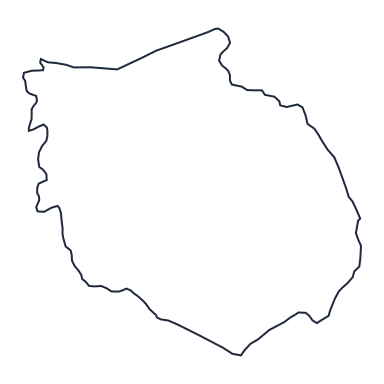 Örnsköldsvik, Västernorrland, Sweden
{"feature_id": "70781695B95877755672969", "entity_name": "Örnsköldsvik", "entity_type": "district", "adm_level": 2, "iso_a3": "SWE", "parent_name": "Sweden", "parent_adm1": "Västernorrland", "projection": "albers", "projection_center": [18.104, 63.556], "detail": "fine", "context": "isolated", "style": "outline", "palette": "slate", "viewbox_px": 384, "rotation_deg": 0, "n_neighbors": 0, "source": "geoboundaries", "source_scale": "gbopen_adm2", "svg_char_len": 2074}
<svg xmlns="http://www.w3.org/2000/svg" viewBox="0 0 384 384"><path d="M40.8,59.0L40.2,62.6L43.6,67.4L43.0,70.2L36.3,70.6L31.9,70.7L24.0,72.8L23.0,77.6L25.2,80.9L26.1,88.1L26.8,91.2L29.5,93.5L36.2,96.0L37.0,100.8L36.1,102.9L33.3,106.4L31.7,109.2L31.6,119.0L28.9,127.6L28.8,130.8L33.3,129.5L38.7,126.6L43.7,124.5L46.9,127.6L47.4,130.4L47.4,135.9L46.3,140.9L42.4,145.5L39.0,152.2L38.1,159.3L39.2,166.9L42.8,169.5L46.4,174.2L46.7,180.1L43.3,181.5L38.6,183.7L37.2,188.0L37.1,192.8L38.8,196.0L39.3,200.0L36.2,207.2L37.6,211.4L44.2,211.8L51.3,207.8L57.6,205.9L59.5,208.4L61.0,213.3L61.6,220.6L62.6,228.4L62.5,234.0L63.4,238.5L65.7,246.5L70.6,250.4L71.7,254.8L72.0,260.7L74.6,266.0L78.6,270.7L81.3,275.0L82.2,279.0L85.5,281.6L89.1,285.9L94.3,286.4L101.2,286.0L106.9,288.4L111.3,291.4L118.8,291.6L122.4,290.4L126.5,288.6L130.7,290.4L133.8,293.3L137.9,296.2L143.5,301.3L145.9,303.9L149.7,309.3L156.1,315.1L156.9,317.4L157.9,317.9L160.4,319.3L168.3,320.5L177.3,324.4L188.5,330.0L200.5,336.0L213.5,342.8L223.4,348.0L232.4,353.8L240.9,355.4L245.0,349.7L250.6,343.7L257.9,339.5L263.2,335.1L269.4,329.9L277.0,325.9L284.1,322.2L290.3,317.5L295.6,314.5L298.4,312.5L305.6,312.8L309.2,315.7L312.6,320.5L316.9,323.1L321.7,320.0L328.6,315.8L330.1,310.5L335.0,298.4L338.7,291.6L342.2,287.8L347.4,283.3L352.7,277.2L354.3,271.4L359.3,266.6L360.3,258.6L361.0,245.8L358.4,240.0L355.9,233.2L357.1,226.4L358.1,220.6L360.2,218.6L356.2,209.2L352.4,201.3L348.7,196.8L345.9,187.6L341.8,176.2L338.7,167.7L334.3,157.3L327.6,149.6L322.3,141.4L318.2,134.3L314.2,128.5L307.6,124.0L305.6,115.5L302.5,107.4L297.6,104.5L291.4,105.9L286.9,107.0L280.3,105.4L279.3,101.2L277.0,99.1L274.4,96.7L264.9,94.8L261.9,90.3L253.8,90.3L247.3,90.1L241.4,86.5L236.8,85.6L231.9,84.6L230.0,80.7L229.9,74.9L228.3,71.0L225.4,68.1L222.1,65.5L219.1,60.7L220.4,54.5L223.6,51.2L226.9,48.3L230.1,42.8L228.1,36.6L223.9,32.1L218.4,28.6L215.1,28.9L207.7,32.2L176.9,43.3L156.2,50.7L141.3,58.1L130.2,63.3L124.0,66.2L117.2,69.4L90.9,67.3L73.7,67.4L66.2,64.8L55.9,63.0L47.8,62.3L40.8,59.0Z" fill="none" stroke="#1e293b" stroke-width="2"/></svg>